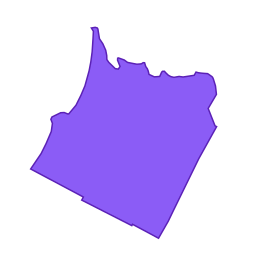 outline of Clatsop, Oregon, United States of America, rotated 28°
{"feature_id": "52423323B41854352046463", "entity_name": "Clatsop", "entity_type": "district", "adm_level": 2, "iso_a3": "USA", "parent_name": "United States of America", "parent_adm1": "Oregon", "projection": "albers", "projection_center": [-123.747, 46.022], "detail": "fine", "context": "isolated", "style": "filled", "palette": "violet", "viewbox_px": 256, "rotation_deg": 28, "n_neighbors": 0, "source": "geoboundaries", "source_scale": "gbopen_adm2", "svg_char_len": 1057}
<svg xmlns="http://www.w3.org/2000/svg" viewBox="0 0 256 256"><g transform="rotate(28 128 128)"><path d="M206.7,211.0L207.3,191.4L206.9,181.3L204.9,121.8L205.6,85.2L203.8,85.2L189.6,73.1L190.3,56.8L185.5,49.8L180.5,44.8L179.0,43.6L177.9,43.2L172.8,42.6L169.2,44.2L166.8,45.2L164.1,46.2L161.8,46.7L161.7,50.4L152.7,57.1L148.9,58.5L144.8,61.7L141.7,62.5L138.9,62.5L135.0,61.4L133.6,60.8L131.9,61.7L131.5,62.8L131.8,67.6L127.2,70.5L121.4,70.8L119.1,68.2L117.2,66.6L114.8,65.4L112.0,62.6L110.7,63.2L109.8,64.9L108.6,65.8L105.9,67.5L103.4,68.3L96.8,70.3L92.7,69.7L86.7,70.6L86.1,71.2L86.9,73.0L92.1,77.4L91.8,80.5L88.9,81.6L80.3,79.1L77.2,77.5L75.2,74.0L71.8,69.8L66.3,65.5L60.9,62.6L57.1,57.6L55.0,54.8L54.0,54.1L51.8,54.5L48.7,56.9L52.0,58.8L55.2,65.6L60.6,77.6L64.1,87.0L66.8,95.7L70.2,111.0L71.1,121.2L71.4,132.3L69.1,143.3L68.1,143.9L64.4,144.3L61.4,146.1L55.7,153.9L55.8,156.5L59.1,159.4L61.9,167.1L63.0,180.1L63.3,191.4L61.3,209.9L121.0,209.9L121.0,213.4L177.2,212.4L177.2,210.9L206.7,211.0Z" fill="#8b5cf6" stroke="#5b21b6" stroke-width="1.5"/></g></svg>